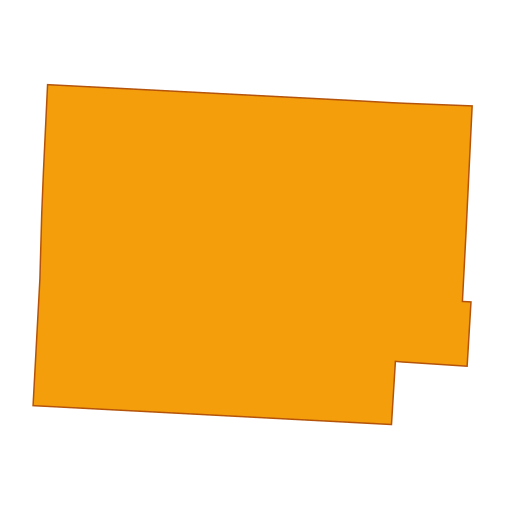 outline of Chippewa, Wisconsin, United States of America, rotated 183°
{"feature_id": "52423323B31580722311005", "entity_name": "Chippewa", "entity_type": "district", "adm_level": 2, "iso_a3": "USA", "parent_name": "United States of America", "parent_adm1": "Wisconsin", "projection": "natural_earth1", "projection_center": [-91.404, 45.074], "detail": "fine", "context": "isolated", "style": "filled", "palette": "amber", "viewbox_px": 512, "rotation_deg": 183, "n_neighbors": 0, "source": "geoboundaries", "source_scale": "gbopen_adm2", "svg_char_len": 439}
<svg xmlns="http://www.w3.org/2000/svg" viewBox="0 0 512 512"><g transform="rotate(183 256 256)"><path d="M111.9,94.8L111.3,155.4L111.3,158.1L103.7,157.8L102.1,157.8L101.2,157.8L39.4,157.0L38.9,221.4L47.5,221.4L47.5,288.7L48.0,417.2L107.1,416.4L108.3,416.4L113.2,416.3L127.4,416.2L156.5,416.3L473.1,416.2L472.8,351.8L472.7,330.4L472.2,287.7L470.6,221.9L470.8,94.9L111.9,94.8Z" fill="#f59e0b" stroke="#b45309" stroke-width="1.5"/></g></svg>